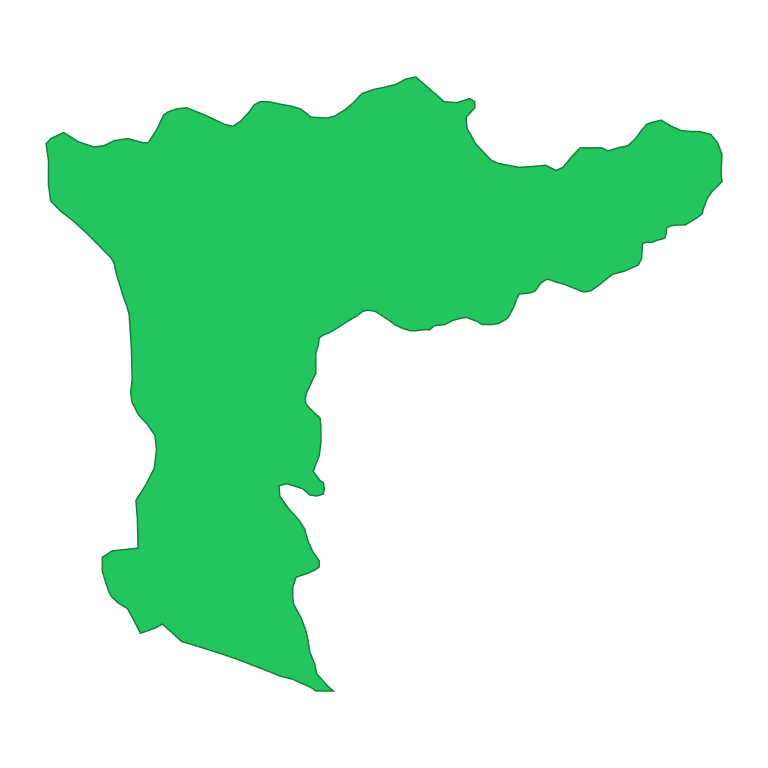 outline of Panjwin, As-Sulaymaniyah, Iraq
{"feature_id": "34846034B29141080711053", "entity_name": "Panjwin", "entity_type": "district", "adm_level": 2, "iso_a3": "IRQ", "parent_name": "Iraq", "parent_adm1": "As-Sulaymaniyah", "projection": "robinson", "projection_center": [46.048, 35.647], "detail": "fine", "context": "isolated", "style": "filled", "palette": "green", "viewbox_px": 768, "rotation_deg": 0, "n_neighbors": 0, "source": "geoboundaries", "source_scale": "gbopen_adm2", "svg_char_len": 3133}
<svg xmlns="http://www.w3.org/2000/svg" viewBox="0 0 768 768"><path d="M333.5,691.0L327.7,686.0L316.6,673.7L314.9,664.5L309.8,652.1L308.1,640.8L305.5,629.5L301.2,618.2L293.5,603.9L292.7,596.7L292.7,587.4L296.1,577.2L308.1,573.1L314.9,570.0L319.2,566.9L319.2,560.7L313.2,552.5L308.1,541.2L304.6,528.9L298.7,519.7L288.4,508.4L279.8,496.0L279.0,485.8L286.7,483.7L293.5,485.8L302.9,488.8L309.8,495.0L316.6,496.0L323.5,494.0L324.3,488.8L323.5,482.7L320.1,480.6L313.2,471.4L314.1,469.3L316.6,462.1L319.2,456.0L320.9,442.6L320.9,428.3L320.1,418.0L313.2,411.8L306.4,404.6L305.5,402.6L305.5,397.4L306.4,393.3L310.7,384.1L312.4,380.0L315.8,373.8L315.8,369.7L315.8,360.5L315.8,353.3L318.4,345.1L319.2,337.9L323.5,334.8L329.5,332.7L336.3,328.6L345.7,322.5L357.7,315.3L362.8,311.2L368.0,310.2L374.8,311.2L380.0,314.3L387.7,319.4L394.5,324.5L403.0,328.6L409.9,330.7L415.9,330.7L423.6,329.7L429.6,329.7L434.7,325.6L445.0,324.5L452.7,320.4L460.4,318.4L466.3,317.3L471.5,319.4L477.5,321.4L481.7,324.5L486.0,324.5L490.3,324.5L492.9,324.5L498.8,323.5L502.3,321.4L507.4,318.4L510.0,314.3L514.2,306.0L515.9,300.9L519.4,293.7L523.6,293.7L531.3,292.7L535.6,290.6L539.0,285.5L541.6,282.4L546.7,279.3L548.4,279.3L557.0,282.4L562.1,283.5L569.8,286.5L582.6,291.7L586.1,291.7L591.2,290.6L599.7,284.5L612.6,274.2L624.5,271.1L638.2,265.0L641.6,258.8L642.5,243.4L645.9,242.4L651.9,242.4L657.0,240.3L664.7,238.3L666.4,233.1L666.4,228.0L670.7,225.9L677.5,224.9L685.2,224.9L697.2,217.7L702.3,213.6L703.1,209.5L707.4,198.2L712.5,191.0L721.9,181.8L721.1,172.5L721.9,154.1L717.6,142.8L710.8,134.5L699.6,131.5L690.2,131.5L680.8,130.4L671.4,126.3L661.2,120.2L652.6,122.2L646.6,124.3L641.5,130.4L635.5,138.6L627.8,145.8L617.6,147.9L608.2,151.0L602.2,147.9L591.9,147.9L580.0,147.9L573.1,155.1L562.9,167.4L556.1,170.5L545.8,165.3L533.0,166.4L519.3,167.4L497.9,163.3L491.1,160.2L475.7,143.8L467.1,128.4L466.3,121.2L466.3,117.1L474.8,107.8L474.8,101.7L469.7,98.6L456.9,102.7L444.0,101.7L437.2,95.5L425.2,85.2L415.8,77.0L405.6,79.1L396.2,84.2L384.2,87.3L374.0,89.4L362.0,93.5L353.4,102.7L344.9,109.9L334.6,116.1L326.9,118.1L310.7,117.1L307.3,114.0L300.5,108.9L290.2,105.8L283.4,104.8L268.8,101.7L260.3,101.7L254.3,104.8L249.2,111.9L240.6,121.2L232.9,126.3L224.4,124.3L204.7,115.0L186.8,107.8L176.5,108.9L168.0,111.9L163.7,115.0L156.8,129.4L148.3,142.8L143.2,142.8L127.8,138.6L114.1,140.7L103.8,145.8L93.6,146.9L78.2,141.7L63.7,132.5L50.8,138.6L46.1,143.8L48.5,160.7L48.5,169.9L48.4,184.5L49.1,189.4L50.7,201.0L60.6,211.1L73.6,221.2L86.5,233.1L95.7,242.2L110.1,256.9L113.9,262.4L116.2,273.4L123.8,298.1L126.9,306.3L129.2,314.6L129.9,325.6L131.0,342.0L131.4,348.5L132.2,379.6L130.6,392.4L132.1,402.5L138.2,414.4L147.4,424.5L155.0,435.5L156.5,450.1L154.2,468.4L145.8,484.9L135.9,500.5L137.4,518.8L138.1,548.1L112.2,550.9L102.3,557.3L102.3,571.0L105.3,581.1L108.3,590.2L111.4,596.6L118.3,603.1L127.4,608.5L130.5,614.0L137.3,626.9L140.4,633.3L155.7,627.8L162.5,624.1L171.7,632.4L181.6,641.5L199.9,647.0L225.9,655.3L241.1,660.7L254.4,665.9L262.5,669.0L280.8,676.3L292.3,679.1L310.6,687.3L316.0,691.0L326.7,691.0L333.5,691.0Z" fill="#22c55e" stroke="#15803d" stroke-width="1.5"/></svg>